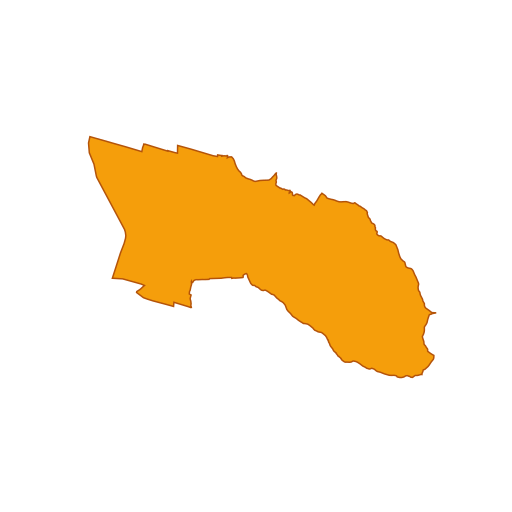 outline of Orbeni, Bacau, Romania, rotated 215°
{"feature_id": "2599482B35012513520864", "entity_name": "Orbeni", "entity_type": "district", "adm_level": 2, "iso_a3": "ROU", "parent_name": "Romania", "parent_adm1": "Bacau", "projection": "albers", "projection_center": [26.985, 46.28], "detail": "fine", "context": "isolated", "style": "filled", "palette": "amber", "viewbox_px": 512, "rotation_deg": 215, "n_neighbors": 0, "source": "geoboundaries", "source_scale": "gbopen_adm2", "svg_char_len": 6037}
<svg xmlns="http://www.w3.org/2000/svg" viewBox="0 0 512 512"><g transform="rotate(215 256 256)"><path d="M431.4,229.0L379.0,202.4L376.8,200.7L375.6,199.4L374.3,198.0L373.0,195.6L371.2,190.6L368.8,180.9L360.9,155.4L352.1,160.8L333.9,167.2L331.8,167.6L330.5,167.9L331.0,165.7L331.6,162.9L332.0,161.6L333.3,158.5L332.9,157.6L324.3,157.3L320.2,158.4L314.8,160.1L302.2,164.7L294.6,167.4L296.7,171.0L282.9,175.5L279.8,176.4L279.8,176.8L279.6,176.9L279.9,177.2L280.1,177.1L280.9,178.0L281.1,178.4L281.9,179.8L283.6,181.7L284.3,182.2L285.5,183.3L285.9,184.3L286.8,186.8L288.8,186.6L289.3,187.3L290.1,188.8L290.3,190.2L291.7,193.3L292.4,195.5L292.9,196.4L293.3,196.7L293.5,197.1L294.2,197.8L294.3,198.1L293.9,197.8L293.3,197.6L292.7,197.9L292.8,198.9L292.8,200.1L292.4,201.1L291.6,202.2L289.9,203.3L286.7,205.8L284.1,207.6L281.1,209.9L281.0,210.9L271.8,217.8L269.2,220.2L267.1,222.0L263.7,224.4L263.0,223.8L261.6,225.2L260.4,225.9L256.8,228.8L254.8,230.5L254.4,230.9L254.4,231.4L255.3,232.5L255.4,233.0L255.1,234.0L254.8,234.7L253.9,236.1L253.4,236.1L252.1,235.5L250.7,234.1L244.7,230.6L243.2,230.2L242.2,230.1L241.6,230.2L240.6,230.9L240.2,231.1L238.4,230.9L236.1,231.5L232.9,231.1L231.8,231.2L230.6,231.7L230.1,232.0L229.6,232.7L229.1,233.2L228.3,233.5L225.4,233.7L221.4,233.6L220.2,234.1L218.8,234.4L214.8,233.5L212.6,233.4L210.8,233.1L208.6,233.4L207.0,233.4L204.8,232.8L203.7,232.4L200.1,229.9L198.0,229.2L194.8,228.7L191.5,227.7L190.9,227.7L189.9,227.7L187.6,227.9L185.3,227.8L185.0,227.7L183.8,227.7L180.8,227.8L180.4,227.9L178.5,227.9L177.0,228.8L174.7,229.8L173.8,229.9L171.1,229.9L170.7,229.8L168.0,229.6L166.9,229.2L165.2,228.9L163.6,229.3L161.6,229.5L158.8,230.8L158.3,230.9L157.0,230.9L153.4,230.6L152.2,230.1L151.6,229.9L149.4,228.6L149.0,228.7L148.8,228.6L148.9,228.4L147.6,227.7L147.4,227.3L147.2,227.2L146.1,226.7L145.8,226.6L143.9,225.2L142.9,224.8L139.9,223.9L138.3,223.0L137.3,222.7L134.6,222.5L134.4,222.1L133.0,221.8L132.5,221.6L131.9,221.3L131.4,221.1L130.6,221.2L130.4,221.3L130.2,221.1L128.2,221.0L127.8,220.7L127.5,220.6L127.2,220.7L126.9,220.5L126.7,220.3L125.6,220.0L122.9,220.0L121.9,220.3L121.0,221.0L118.2,222.8L117.1,223.9L116.4,225.4L115.9,225.9L114.5,226.5L113.5,226.9L111.8,227.2L109.0,227.3L105.4,227.1L103.0,227.5L100.7,227.6L99.8,228.0L99.2,228.1L98.2,228.5L97.6,229.2L97.1,230.0L96.9,230.3L96.5,230.5L94.9,231.0L93.8,231.1L91.6,230.9L90.3,231.0L87.5,232.1L83.2,233.1L78.5,234.7L76.7,235.8L74.7,237.3L74.0,237.7L72.3,238.4L72.0,238.4L71.2,238.0L70.9,238.0L68.6,238.9L67.1,239.9L66.0,241.1L65.4,241.9L65.0,242.8L64.6,243.8L63.6,244.6L63.2,244.9L61.7,245.2L61.2,245.5L59.7,245.5L58.9,245.9L58.1,246.4L57.3,249.0L56.9,249.6L55.7,250.4L55.1,250.9L53.6,252.7L53.1,253.4L52.1,254.1L52.5,254.5L52.8,255.8L53.1,257.2L53.6,258.3L53.6,258.8L52.7,259.9L51.7,264.1L51.6,265.6L51.7,269.6L51.6,271.2L51.5,272.7L51.5,273.2L51.8,274.2L52.4,275.3L53.3,276.6L55.0,276.4L57.2,276.3L60.6,276.4L60.8,276.5L61.9,278.0L62.2,278.2L64.5,279.0L65.4,279.5L67.1,279.9L67.8,280.2L69.6,282.3L71.9,284.0L72.9,284.8L73.6,285.6L73.7,286.1L73.9,287.8L74.2,288.8L74.7,290.3L75.5,291.8L77.1,294.0L77.4,294.7L77.4,296.8L77.5,298.4L77.8,299.8L78.9,302.4L79.5,304.3L80.3,307.1L80.2,307.6L79.3,308.6L78.5,310.0L75.8,312.8L79.5,310.5L83.1,310.7L87.2,310.7L87.8,310.9L88.7,311.3L89.7,312.1L90.8,313.6L93.6,314.9L94.8,316.1L98.6,318.1L99.9,319.1L100.4,319.7L101.3,320.4L102.7,320.8L103.6,321.4L105.0,322.9L105.5,323.7L105.9,324.5L106.6,326.2L107.3,326.9L112.9,330.5L115.3,331.7L118.7,333.9L120.4,334.5L121.3,334.6L122.1,334.5L124.3,333.5L126.0,333.2L126.8,333.2L127.3,333.4L130.3,336.0L130.9,336.3L133.1,336.3L134.5,336.6L135.8,336.8L137.9,338.0L140.7,340.1L143.4,342.5L148.0,345.5L151.1,345.8L154.5,345.0L155.8,345.2L156.8,345.1L157.6,344.5L158.1,344.3L159.4,344.0L161.5,343.8L164.9,344.1L165.4,344.0L166.6,343.2L167.3,343.0L168.7,343.0L169.8,343.4L170.3,344.8L170.7,345.4L171.0,345.6L172.3,345.5L173.3,346.0L173.7,346.7L174.0,346.9L174.4,347.7L175.0,348.0L175.7,348.5L175.9,349.0L176.8,349.6L177.3,349.7L178.6,349.7L180.3,349.4L181.4,350.1L182.2,350.4L183.8,351.6L184.4,351.8L185.2,351.9L186.1,352.1L186.9,352.7L188.9,354.2L189.2,354.5L189.7,355.5L191.5,356.5L192.9,356.4L194.1,356.6L195.3,356.6L196.4,356.4L199.2,356.5L200.3,356.1L201.8,356.3L203.6,356.2L205.5,356.3L205.8,356.1L206.2,355.1L206.4,354.8L208.3,353.9L211.5,353.0L213.4,352.2L215.3,350.8L217.4,349.1L219.0,348.1L221.5,347.3L223.1,347.0L224.7,346.5L226.0,346.0L226.3,345.8L228.9,344.8L230.8,344.2L231.4,344.3L233.5,345.1L234.8,345.2L238.0,345.2L238.0,344.4L238.3,343.2L238.2,340.4L237.8,336.1L237.9,332.8L237.5,331.0L238.4,331.0L241.6,331.5L247.4,332.0L249.5,331.6L254.9,331.3L255.5,330.8L257.0,330.6L257.9,330.3L258.4,329.9L258.9,329.1L259.3,327.3L260.3,327.0L260.5,326.8L261.0,326.9L262.5,328.6L263.1,328.9L263.8,328.8L264.3,328.1L264.9,326.7L265.1,327.0L264.8,327.4L264.9,327.9L265.2,328.3L264.9,328.8L265.9,329.2L266.7,328.3L268.0,327.9L269.2,327.4L269.8,326.9L270.6,327.1L271.6,326.9L272.3,326.0L274.8,325.8L275.1,325.4L280.0,325.3L280.8,326.0L281.3,326.7L281.5,327.6L281.8,328.3L282.4,328.8L283.0,329.4L283.6,331.6L284.1,332.3L285.1,333.4L286.0,334.0L286.7,335.3L286.9,335.6L287.2,335.2L287.3,334.3L287.4,332.0L287.7,330.5L288.0,327.9L288.3,327.3L288.6,326.4L289.1,325.5L289.7,325.0L293.7,322.0L296.1,320.1L299.1,316.9L299.9,316.4L301.2,316.0L302.5,315.9L304.8,315.4L306.4,314.8L309.3,314.1L311.0,314.3L312.2,314.2L312.8,314.0L313.6,314.0L314.2,314.3L315.1,315.0L316.8,315.7L318.6,315.9L320.8,316.6L323.2,317.8L326.1,319.7L328.2,321.4L330.3,322.6L332.8,323.2L334.5,322.0L335.4,320.9L335.8,320.1L336.4,321.5L336.7,321.8L337.0,321.9L337.3,321.7L337.2,321.2L339.6,319.8L340.3,319.2L341.2,318.2L341.5,318.8L342.3,318.3L345.4,316.8L344.6,315.4L348.7,313.5L370.1,306.4L376.9,304.0L383.6,301.6L379.3,295.2L381.4,294.3L388.7,291.7L388.4,291.3L390.8,290.5L411.3,283.9L411.5,283.3L412.1,283.2L411.6,282.1L411.1,279.9L409.4,276.0L425.7,270.6L430.8,268.8L460.5,258.5L458.0,252.5L451.7,244.9L441.4,238.3L432.6,229.9L431.4,229.0Z" fill="#f59e0b" stroke="#b45309" stroke-width="1.5"/></g></svg>